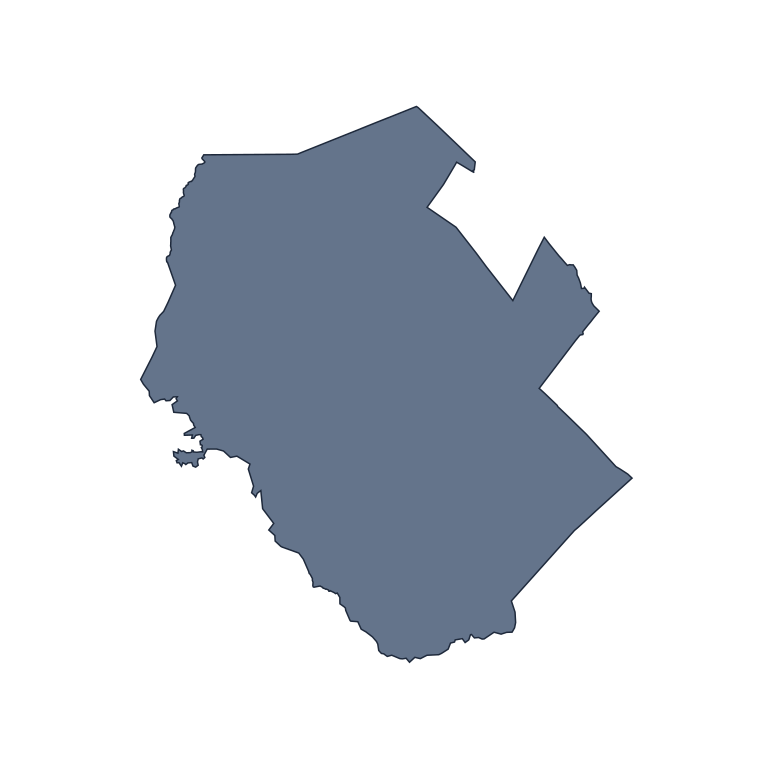 outline of Higueras, Nuevo León, Mexico, rotated 160°
{"feature_id": "50627088B36696430432628", "entity_name": "Higueras", "entity_type": "district", "adm_level": 2, "iso_a3": "MEX", "parent_name": "Mexico", "parent_adm1": "Nuevo León", "projection": "mercator", "projection_center": [-99.96, 26.036], "detail": "fine", "context": "isolated", "style": "filled", "palette": "slate", "viewbox_px": 768, "rotation_deg": 160, "n_neighbors": 0, "source": "geoboundaries", "source_scale": "gbopen_adm2", "svg_char_len": 6063}
<svg xmlns="http://www.w3.org/2000/svg" viewBox="0 0 768 768"><g transform="rotate(160 384 384)"><path d="M156.9,378.8L159.0,383.3L160.0,385.3L160.4,386.8L160.8,389.0L160.8,390.7L160.7,391.3L160.5,392.4L160.3,393.1L159.9,394.1L159.3,395.3L158.3,398.0L159.4,398.7L160.2,399.1L160.3,399.2L162.5,406.4L163.0,405.8L163.2,405.5L163.9,405.7L165.1,406.0L165.8,406.2L165.3,409.0L164.9,411.8L164.9,415.2L164.9,417.1L165.3,420.2L164.0,424.9L164.8,429.0L165.2,430.2L165.4,431.2L167.5,432.0L168.4,432.5L168.9,432.7L169.4,432.7L171.1,432.7L172.6,436.4L174.3,441.0L175.8,444.6L176.9,447.8L180.8,459.2L183.2,467.1L193.0,458.0L234.4,418.3L247.6,458.8L252.5,475.2L262.7,506.7L283.1,535.3L259.9,551.1L253.4,556.4L242.2,565.6L239.9,567.6L236.9,564.0L228.7,553.8L226.9,551.9L227.6,554.0L226.7,554.3L226.2,554.3L225.9,554.3L225.4,555.4L222.3,561.5L245.4,608.4L257.3,631.9L258.6,633.7L301.5,632.4L381.9,629.8L386.7,629.6L393.2,631.8L475.0,661.0L476.7,659.6L477.8,658.8L477.9,658.2L477.8,657.6L476.9,655.6L476.5,654.6L476.4,654.0L476.6,653.6L476.9,653.4L477.3,653.3L479.5,652.9L480.2,653.0L482.5,653.6L483.1,653.7L483.7,653.6L485.0,653.0L485.3,652.7L485.9,652.3L486.6,651.8L487.1,651.4L487.5,650.7L487.9,649.7L488.4,648.4L488.9,647.4L489.1,647.1L489.4,646.9L489.8,646.4L490.3,645.7L490.5,644.2L490.6,643.8L490.8,643.5L492.8,642.1L493.1,641.8L493.4,641.6L493.7,641.3L494.0,641.1L494.4,640.9L494.7,640.8L494.9,640.7L495.1,640.5L495.3,640.3L495.5,640.2L495.9,640.2L496.4,640.5L496.5,640.5L498.1,640.3L498.6,640.3L499.0,640.2L499.3,639.9L499.4,639.7L499.5,639.5L499.4,638.9L499.6,638.7L499.8,638.5L500.5,638.2L501.4,638.2L501.6,638.3L502.0,638.2L502.2,637.9L502.3,637.5L502.5,637.3L503.9,636.5L504.2,636.4L504.5,636.4L505.2,636.3L505.5,636.1L505.9,635.8L506.4,633.9L507.0,632.6L507.2,631.2L507.2,629.8L507.3,629.4L507.5,629.1L507.8,629.0L508.4,628.8L509.1,628.8L509.6,628.7L510.1,628.6L510.7,628.2L510.9,628.1L511.9,628.1L512.1,628.0L512.5,627.8L512.8,627.5L513.0,627.2L513.2,626.8L513.5,626.4L514.0,625.0L514.1,624.8L514.7,624.2L514.9,623.9L515.1,623.7L515.2,623.3L515.3,622.8L515.4,621.9L515.5,621.5L515.6,621.1L515.7,620.7L515.9,620.6L516.0,620.5L516.2,620.4L516.9,620.4L518.5,620.4L519.2,620.3L519.5,620.3L519.9,620.1L520.2,620.1L521.2,620.3L521.8,620.3L522.0,620.3L522.2,620.1L522.4,620.0L522.7,619.8L523.2,619.8L523.7,619.8L523.9,619.7L524.1,619.5L524.9,618.4L524.9,618.2L525.3,617.8L525.6,617.8L525.7,617.7L527.3,616.2L527.5,615.8L527.6,615.5L527.7,615.2L527.8,615.0L527.9,614.7L528.0,614.3L528.0,614.1L528.0,613.8L527.9,613.5L527.2,612.2L526.8,611.3L526.8,611.1L526.8,610.7L526.6,610.3L526.5,610.1L526.4,609.8L526.4,609.5L526.4,608.7L526.5,607.2L526.7,606.5L526.7,605.8L526.7,605.4L526.7,605.0L526.8,604.7L526.9,604.0L526.8,603.5L526.8,603.0L526.9,602.9L527.1,602.6L527.4,602.2L527.6,601.8L527.6,601.7L527.8,601.4L528.0,601.1L529.3,599.8L529.7,599.2L530.7,598.3L531.1,597.7L531.4,597.3L531.5,597.1L532.3,596.3L533.2,595.6L534.0,594.8L534.2,594.6L534.5,593.8L535.5,590.9L535.9,590.1L536.5,588.5L537.1,587.2L537.3,586.7L537.6,584.7L537.8,583.8L537.9,582.7L538.4,582.1L538.6,582.0L538.8,582.0L539.1,581.8L539.3,581.6L539.4,581.4L540.0,580.7L540.0,580.2L541.1,578.7L541.4,578.5L541.6,578.2L541.8,578.2L542.1,578.1L543.1,578.0L543.6,578.0L544.1,577.8L544.8,577.5L545.3,576.8L545.7,575.8L546.0,574.9L546.3,573.5L546.3,573.3L546.3,573.0L546.3,572.9L545.8,572.4L546.1,548.1L559.1,534.5L566.2,527.6L571.1,525.2L573.4,523.5L576.3,520.8L581.1,512.0L584.5,496.8L593.2,488.2L611.1,471.5L610.1,466.0L607.1,457.5L608.4,453.3L606.4,445.0L599.2,445.7L595.3,444.9L594.6,442.8L590.8,441.7L586.4,443.9L582.6,442.7L584.4,441.3L583.9,438.8L590.2,437.1L591.2,429.3L579.5,423.9L577.9,420.7L578.1,419.4L578.1,416.2L577.5,414.4L576.5,412.1L576.9,410.6L576.3,407.7L588.6,405.9L589.1,404.1L581.5,401.6L583.3,398.8L581.2,398.1L578.5,400.1L575.2,399.7L573.4,399.0L573.7,397.1L572.9,395.8L572.9,394.0L576.5,393.2L577.3,389.7L576.3,389.2L575.9,388.3L576.5,387.0L577.4,386.7L577.1,384.7L577.6,382.2L579.0,382.9L583.1,383.8L586.1,385.2L586.1,386.6L587.2,387.4L587.7,385.8L589.7,385.8L593.3,387.0L595.3,389.7L597.3,389.8L599.5,393.0L601.3,389.5L605.0,392.5L606.1,388.1L603.1,383.5L605.4,383.0L605.4,380.7L604.0,380.3L603.5,380.0L603.3,379.2L602.5,376.0L600.0,378.8L598.3,377.1L597.8,376.1L595.2,376.9L591.6,375.9L591.6,372.2L589.4,370.3L586.4,371.2L585.9,374.6L584.2,377.2L580.4,376.8L579.6,375.4L577.5,376.2L577.6,378.7L572.4,383.3L563.5,380.1L557.7,375.9L553.4,367.5L546.9,366.5L537.3,354.6L540.6,350.5L541.5,332.6L545.6,327.1L543.8,323.7L543.3,321.7L542.3,322.7L540.6,324.6L538.8,325.2L536.2,326.0L540.7,308.3L535.3,290.7L542.2,286.2L538.4,279.0L540.0,273.6L536.5,266.7L535.4,265.5L521.9,254.3L519.7,247.0L518.9,233.8L519.1,231.5L518.5,230.5L517.8,225.7L518.5,224.0L518.5,222.0L519.9,218.7L519.9,217.6L519.3,217.0L515.4,216.4L513.1,216.0L511.2,213.8L511.1,213.0L509.8,212.1L509.0,211.1L508.3,211.0L506.7,209.4L506.7,208.2L505.8,207.8L505.3,208.2L501.9,204.7L501.3,203.6L499.4,203.5L498.5,198.5L500.6,192.5L497.7,188.3L496.9,186.7L497.4,184.3L496.8,173.6L496.6,173.0L496.3,172.5L489.9,169.6L489.3,161.4L485.8,157.3L481.3,150.3L479.1,144.5L478.8,141.7L480.1,135.4L479.5,133.8L478.6,131.7L476.6,130.6L474.1,126.9L469.5,126.5L463.0,120.5L460.7,119.4L457.0,118.7L455.2,113.8L448.5,116.6L443.8,113.5L436.4,114.4L425.1,110.9L422.0,111.2L414.4,112.9L410.1,117.8L406.0,117.4L404.6,119.2L397.5,117.9L396.2,113.3L392.0,114.5L391.3,115.2L390.5,116.3L388.7,118.6L388.5,118.8L388.1,118.8L387.5,118.7L385.9,114.5L381.8,113.4L379.1,110.8L377.1,110.2L365.5,113.1L359.5,108.9L353.7,108.7L348.5,107.0L344.7,110.2L341.9,114.8L338.9,124.8L338.5,136.6L258.6,179.4L258.3,179.5L255.2,181.2L250.4,183.0L239.6,187.5L228.7,192.1L183.1,210.7L185.7,215.9L191.4,223.5L194.3,227.0L210.9,267.3L223.6,293.6L228.5,303.4L228.5,304.6L236.2,320.2L238.8,325.2L239.7,326.8L189.5,359.1L183.9,362.5L183.0,362.9L181.7,362.7L181.1,362.8L180.6,362.5L180.4,362.4L180.2,362.5L179.7,363.1L179.6,363.3L179.6,364.1L179.5,364.5L179.4,364.8L179.4,365.2L172.4,369.5L168.4,371.8L164.3,374.4L156.9,378.8Z" fill="#64748b" stroke="#1e293b" stroke-width="1.5"/></g></svg>